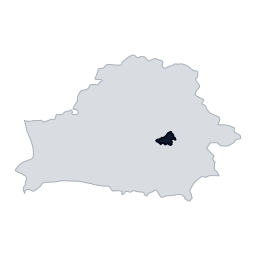 location of Kirawsk, Mogilev, Belarus
{"feature_id": "67162791B61593564131840", "entity_name": "Kirawsk", "entity_type": "district", "adm_level": 2, "iso_a3": "BLR", "parent_name": "Belarus", "parent_adm1": "Mogilev", "projection": "robinson", "projection_center": [29.561, 53.344], "detail": "fine", "context": "in_parent", "style": "filled", "palette": "ink", "viewbox_px": 256, "rotation_deg": 0, "n_neighbors": 0, "source": "geoboundaries", "source_scale": "gbopen_adm2", "svg_char_len": 6988}
<svg xmlns="http://www.w3.org/2000/svg" viewBox="0 0 256 256"><path d="M218.9,175.8L214.4,175.6L209.0,175.7L206.0,177.3L202.7,176.5L200.3,177.4L195.0,182.0L193.0,184.4L191.0,188.2L189.8,191.0L190.5,192.9L191.5,194.7L191.7,196.7L192.2,198.2L190.9,199.3L190.1,200.9L187.9,200.7L185.1,199.1L184.5,196.9L182.4,195.3L181.0,194.5L178.6,194.4L174.9,195.1L170.1,195.7L166.5,195.8L164.5,196.6L161.5,197.4L160.4,196.5L158.8,194.0L157.4,191.4L156.5,190.3L155.7,190.0L154.7,190.1L153.6,190.9L152.8,191.7L149.7,192.7L148.4,193.6L146.9,195.9L145.9,195.7L144.9,195.2L143.7,192.6L142.1,192.0L139.6,192.0L136.4,191.4L133.9,190.6L132.9,190.8L131.4,191.9L129.7,192.1L126.1,191.1L125.4,191.5L123.3,194.4L122.3,194.5L121.7,194.2L122.1,191.7L120.0,190.8L116.4,190.7L113.9,191.0L112.7,190.9L112.1,190.5L109.1,186.3L107.5,186.0L104.6,186.2L100.3,185.7L95.5,184.8L92.8,184.4L91.4,183.5L88.4,183.2L80.3,181.4L77.0,181.1L72.1,181.1L64.7,180.7L59.9,180.9L57.7,181.5L55.1,181.9L46.3,182.3L43.1,182.8L42.1,183.7L41.0,185.6L37.3,188.9L33.7,191.1L33.0,191.3L31.0,190.1L29.3,189.7L27.3,189.6L25.8,190.0L24.9,190.5L24.9,193.1L24.7,193.3L23.3,190.3L23.5,187.5L24.4,186.0L25.5,184.6L25.2,182.4L26.3,179.6L26.4,177.6L26.0,176.7L25.2,175.7L22.9,174.6L21.9,173.7L18.9,172.6L15.8,171.1L15.4,170.2L15.5,169.6L16.1,168.7L18.6,165.9L21.2,163.3L22.9,162.2L31.6,158.9L33.0,157.7L33.4,155.7L33.4,151.6L33.0,147.9L32.4,145.4L30.9,140.6L26.8,130.7L24.5,120.5L26.2,121.1L30.3,121.3L33.6,120.6L35.3,120.5L36.8,120.7L41.1,120.2L42.1,121.1L44.0,121.9L47.8,120.7L51.1,119.3L54.6,119.4L55.1,118.7L56.1,115.1L57.1,114.3L61.2,114.7L62.8,114.0L64.4,112.2L66.9,111.1L68.9,111.1L71.0,109.9L72.0,110.7L72.5,112.2L71.8,113.4L72.1,113.9L73.5,114.5L76.0,114.4L77.6,114.0L78.0,113.3L78.1,112.0L77.7,110.9L76.7,109.9L74.7,109.3L73.3,109.3L73.1,108.7L73.6,107.3L74.9,104.8L76.4,102.6L77.4,101.7L77.5,100.9L77.4,99.5L77.4,97.1L78.9,93.6L80.7,91.0L83.2,90.2L86.2,89.7L88.1,88.5L89.1,87.1L90.0,85.0L90.9,84.5L98.1,84.8L99.2,82.6L99.8,82.0L101.2,81.4L102.2,80.6L101.9,80.0L100.0,79.6L95.7,79.3L94.9,78.6L95.2,77.7L96.4,75.5L97.5,72.6L98.1,70.4L98.2,69.1L98.8,68.7L102.3,68.3L103.5,67.8L106.6,64.8L108.9,64.3L114.8,65.1L117.5,65.0L120.9,65.2L121.2,64.9L122.5,61.9L128.4,57.1L131.5,55.4L133.5,55.1L134.2,55.1L137.3,57.7L138.0,57.8L140.1,56.7L143.7,56.6L145.4,57.5L147.8,60.6L149.0,61.0L152.5,59.3L154.5,58.7L155.8,58.7L162.4,61.1L162.9,61.9L162.9,62.8L161.9,65.6L163.2,67.4L164.8,68.6L168.2,66.6L169.5,66.1L170.9,66.0L172.7,65.3L174.0,64.2L175.3,63.9L177.7,64.1L182.1,63.9L187.3,65.6L187.7,66.1L190.3,68.1L191.2,69.1L192.1,69.4L193.4,70.4L195.3,71.0L196.5,70.8L197.1,71.1L197.7,71.9L197.8,73.2L197.6,77.0L195.8,78.9L195.6,79.6L195.7,80.4L197.1,82.1L199.0,84.6L199.5,86.0L199.5,87.1L197.0,90.4L196.1,91.2L195.5,92.8L195.2,94.4L195.4,95.1L199.7,97.7L202.9,99.2L203.7,99.9L203.7,100.3L202.1,103.1L201.9,103.9L204.5,105.1L205.9,106.9L207.2,109.9L209.7,112.8L218.8,117.0L219.6,117.8L219.9,118.7L219.6,120.6L218.0,124.4L219.6,124.9L223.6,124.8L228.5,125.3L234.4,127.9L234.4,129.1L233.8,130.2L234.2,131.3L234.9,132.3L240.0,135.3L240.5,136.1L240.6,137.6L240.5,138.6L239.1,138.9L237.6,139.4L235.0,140.6L234.1,142.4L230.0,144.9L227.4,146.0L225.4,146.1L220.5,145.6L218.8,144.3L218.1,143.2L216.2,142.7L213.7,142.7L210.3,142.9L209.6,143.2L209.1,144.6L207.7,146.9L206.7,148.3L211.0,152.9L213.2,154.8L214.0,156.0L213.9,156.8L212.9,157.8L213.1,159.8L215.2,162.4L214.5,162.8L214.4,166.0L214.4,169.4L215.0,170.3L216.2,170.9L217.1,172.2L218.8,175.0L218.9,175.8Z" fill="#d9dde1" stroke="#a8b0b8" stroke-width="1"/><path d="M171.2,131.8L170.9,131.7L170.7,131.7L170.4,131.7L170.3,131.8L170.1,131.8L169.9,132.0L169.8,132.4L169.8,132.5L169.7,132.7L169.6,132.8L169.4,132.7L169.1,132.5L168.9,132.6L168.7,132.6L168.4,132.6L168.3,132.8L168.1,132.9L168.0,133.1L167.8,133.2L167.7,133.4L167.6,133.5L167.4,133.8L167.2,134.0L166.9,134.3L166.8,134.5L166.7,134.7L166.6,134.9L166.5,135.1L166.5,135.3L166.4,135.5L166.3,135.8L166.0,135.9L165.8,135.9L165.6,135.9L165.5,136.0L165.3,136.2L165.0,136.4L164.8,136.6L164.7,136.8L164.5,137.0L164.4,137.1L164.2,137.1L163.9,137.2L163.8,137.3L164.0,137.6L163.9,137.7L163.7,137.7L163.3,137.8L163.1,137.8L162.9,137.9L162.7,137.8L162.5,137.7L162.4,137.6L162.2,137.5L162.0,137.4L161.9,137.4L161.8,137.5L161.6,137.6L161.5,137.9L161.4,138.1L161.3,138.3L161.2,138.4L161.0,138.6L160.9,138.7L160.7,138.7L160.4,138.5L160.1,138.6L160.0,138.9L159.9,139.0L159.5,139.2L159.3,139.2L159.1,139.2L158.8,139.2L158.6,139.2L158.3,139.2L158.0,139.2L157.8,139.3L157.6,139.6L157.4,139.8L157.2,140.0L156.9,140.2L156.8,140.4L156.7,140.5L156.4,140.4L156.3,140.2L156.2,140.3L156.0,140.5L156.2,140.8L156.2,141.0L156.3,141.1L156.6,141.4L156.8,141.4L157.1,141.5L157.1,141.8L157.4,141.8L157.5,141.8L157.7,142.0L157.9,142.0L158.0,142.0L158.5,142.0L158.6,142.4L158.7,142.5L158.8,142.5L159.0,142.8L159.2,143.1L159.3,143.1L159.5,143.0L159.6,142.8L159.8,142.7L160.1,142.8L160.1,143.0L159.9,143.3L159.9,143.5L160.0,143.6L160.2,143.8L160.3,143.9L160.4,144.0L160.6,144.3L160.8,144.2L161.0,144.1L161.3,144.0L161.4,143.9L161.5,143.8L161.5,143.5L161.4,143.4L161.2,143.3L161.0,143.2L160.8,143.1L160.6,143.1L160.6,142.8L161.0,142.8L161.3,142.8L161.5,142.9L161.8,142.9L162.0,142.9L162.4,142.9L162.5,143.0L162.9,143.2L163.1,143.3L163.4,143.3L163.6,143.3L163.8,143.1L164.0,143.0L164.3,143.1L164.2,143.3L164.3,143.4L164.2,143.5L164.3,143.8L164.4,144.0L164.5,144.2L164.7,144.4L164.8,144.5L165.1,144.6L165.4,144.6L165.6,144.6L165.8,144.5L166.0,144.5L166.1,144.3L166.2,144.2L166.3,144.0L166.6,144.0L166.9,143.9L167.0,143.7L167.5,143.6L167.6,143.4L167.8,143.3L168.1,143.2L168.3,143.2L168.4,143.3L168.4,143.5L168.3,143.9L168.5,144.0L168.6,143.9L168.8,143.8L169.0,143.9L169.1,144.1L169.1,144.4L169.1,144.6L169.4,144.6L169.8,144.6L170.1,144.8L170.1,145.0L170.6,145.1L170.9,145.1L171.1,145.0L171.3,144.8L171.2,144.4L171.6,144.3L171.8,144.2L171.7,144.0L171.5,143.7L171.4,143.5L171.3,143.3L171.4,143.2L171.8,143.0L172.0,142.9L172.1,142.7L172.0,142.4L172.0,142.1L172.0,141.8L171.9,141.6L171.7,141.5L171.6,141.2L171.5,140.9L171.5,140.7L171.5,140.4L171.4,140.2L171.2,139.9L171.4,139.6L171.6,139.5L171.9,139.5L172.1,139.4L172.3,139.3L172.3,139.1L172.3,138.9L172.5,138.8L172.6,138.7L172.9,138.5L173.4,138.4L173.5,138.4L173.7,138.6L173.6,138.8L173.6,139.0L173.9,139.2L174.1,139.2L174.3,139.1L174.4,138.9L174.5,138.7L174.8,138.7L175.1,138.9L175.1,139.1L174.9,139.3L174.8,139.5L174.7,139.6L174.7,139.8L175.0,139.9L175.5,139.8L175.5,139.6L175.5,139.3L175.6,139.2L175.5,138.9L175.2,138.7L175.0,138.4L175.0,138.2L175.1,137.9L174.9,137.8L174.7,137.8L174.6,137.7L174.3,137.6L174.1,137.5L173.9,137.4L173.9,137.1L174.0,137.0L174.0,136.9L173.9,136.7L173.6,136.4L173.6,136.2L173.5,135.8L173.4,135.7L173.5,135.4L173.5,135.1L173.3,135.0L173.2,135.0L173.1,134.9L172.7,134.8L172.3,134.7L172.2,134.6L172.3,134.4L172.6,134.2L172.8,134.0L172.7,133.8L172.6,133.7L172.3,133.6L172.2,133.5L171.8,133.3L171.7,133.1L171.5,132.8L171.4,132.6L171.4,132.4L171.3,132.1L171.2,131.8L171.2,131.8Z" fill="#0f172a" stroke="#020617" stroke-width="1.5"/></svg>